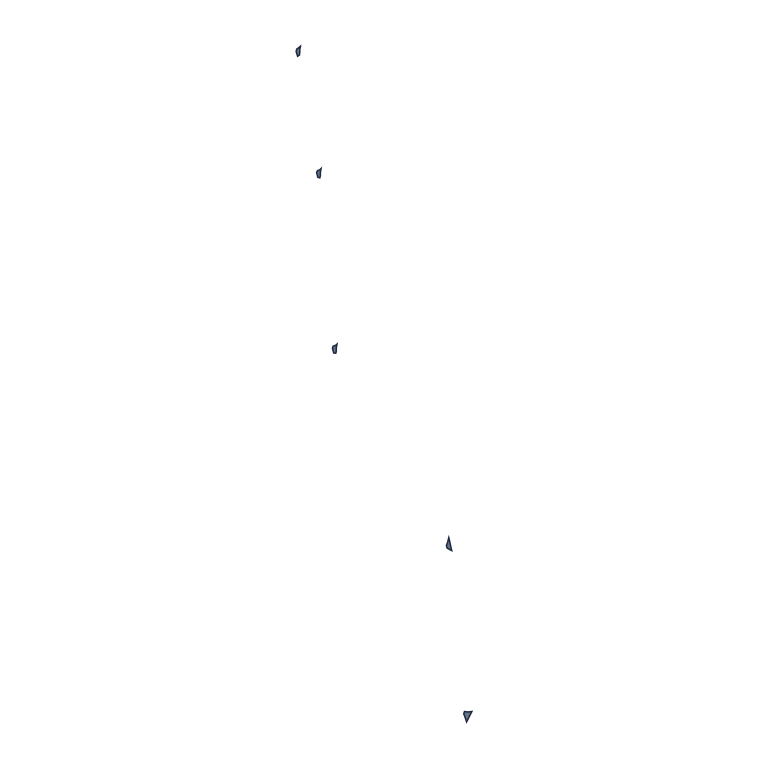 an SVG outline of Gaafu Alifu
{"feature_id": "MDV-5240", "entity_name": "Gaafu Alifu", "entity_type": "Atoll", "adm_level": 1, "iso_a3": "MDV", "parent_name": "Maldives", "parent_adm1": "", "projection": "equal_earth", "projection_center": [73.409, 0.614], "detail": "fine", "context": "isolated", "style": "filled", "palette": "slate", "viewbox_px": 768, "rotation_deg": 0, "n_neighbors": 0, "source": "natural_earth", "source_scale": "10m", "svg_char_len": 711}
<svg xmlns="http://www.w3.org/2000/svg" viewBox="0 0 768 768"><path d="M471.9,711.5L466.7,721.7L466.6,721.9L464.4,715.4L463.7,713.9L464.5,711.5L467.9,712.0L471.9,711.5ZM448.8,537.5L448.9,537.8L451.7,550.6L447.1,548.1L446.4,545.4L447.7,542.0L448.8,537.5ZM337.0,344.1L336.3,347.9L336.3,351.2L335.8,353.2L335.6,353.2L333.7,353.0L332.4,348.2L333.2,346.1L335.5,345.4L337.0,344.1ZM321.1,168.5L320.4,172.3L320.4,175.7L319.8,177.9L318.9,177.6L317.8,177.3L316.6,172.3L317.6,170.6L318.7,170.2L319.6,169.9L321.1,168.5ZM300.5,46.1L300.5,46.3L299.9,49.1L299.8,49.6L299.8,52.6L299.6,53.8L299.5,55.0L298.6,55.6L297.6,56.3L296.1,51.4L296.8,49.0L298.8,47.7L300.5,46.1Z" fill="#64748b" stroke="#1e293b" stroke-width="1.5"/></svg>